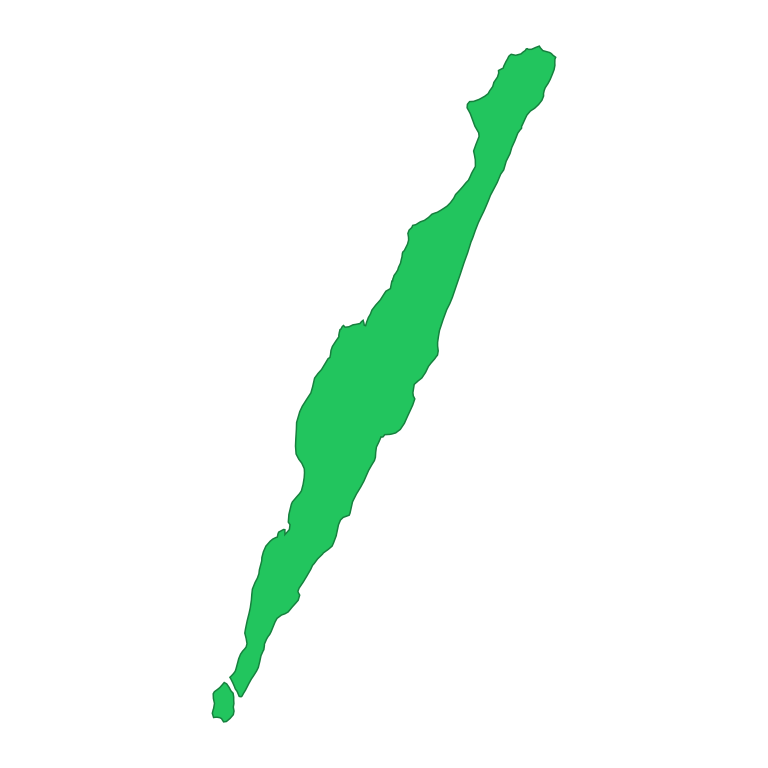 outline of Sainte Marie, Analanjirofo, Madagascar
{"feature_id": "10022922B25342620887316", "entity_name": "Sainte Marie", "entity_type": "district", "adm_level": 2, "iso_a3": "MDG", "parent_name": "Madagascar", "parent_adm1": "Analanjirofo", "projection": "orthographic", "projection_center": [49.903, -16.911], "detail": "fine", "context": "isolated", "style": "filled", "palette": "green", "viewbox_px": 768, "rotation_deg": 0, "n_neighbors": 0, "source": "geoboundaries", "source_scale": "gbopen_adm2", "svg_char_len": 4813}
<svg xmlns="http://www.w3.org/2000/svg" viewBox="0 0 768 768"><path d="M540.4,47.9L539.3,46.1L535.6,47.5L531.6,49.3L528.5,49.4L527.3,48.7L526.3,48.9L525.3,50.5L522.9,52.2L521.0,53.9L515.7,55.3L511.2,54.3L510.1,55.1L508.8,56.3L508.1,57.7L507.6,58.8L506.0,61.5L505.1,63.4L503.7,66.3L503.3,68.0L498.5,70.5L498.7,73.1L497.5,77.0L493.8,82.5L493.7,83.1L492.7,86.6L489.7,90.8L488.1,93.7L484.7,96.3L479.1,99.4L473.6,101.4L469.6,101.6L467.4,104.3L467.1,107.8L469.0,111.2L470.3,113.7L472.6,119.9L474.9,126.2L478.7,132.8L479.1,136.4L475.8,144.8L473.6,151.0L474.4,154.7L475.3,159.8L475.4,165.5L475.3,166.7L474.1,168.8L473.1,170.5L471.6,173.3L470.2,176.6L468.4,180.3L466.2,182.5L462.6,186.9L459.4,190.5L455.6,194.5L453.7,198.3L450.3,202.9L447.0,206.2L440.9,210.2L437.3,212.3L434.8,213.1L431.9,214.2L428.6,217.4L424.4,220.4L420.4,221.8L415.7,224.7L412.7,225.4L411.8,227.5L409.1,230.1L407.9,233.4L408.5,237.1L408.6,240.1L407.5,244.2L404.3,250.6L402.9,251.9L402.4,253.2L402.0,256.8L401.3,259.5L400.5,263.2L399.1,266.1L398.5,267.4L397.7,270.1L396.6,271.8L395.9,273.0L394.9,274.3L394.0,275.6L393.6,277.1L392.8,279.1L392.6,281.0L391.9,281.0L391.6,282.4L390.4,288.6L385.9,291.2L383.8,294.4L380.2,300.1L375.8,305.0L371.9,310.1L370.4,314.1L368.4,317.5L366.6,322.2L365.6,325.7L364.3,325.3L363.8,322.7L363.1,320.3L361.4,321.7L360.0,323.5L355.7,324.4L353.0,324.8L348.9,326.8L345.1,327.2L343.5,325.5L342.3,326.5L340.9,329.1L340.0,329.6L339.3,332.5L339.0,334.2L338.8,335.2L338.9,336.7L335.7,341.3L332.4,346.4L331.0,350.4L330.5,354.6L329.9,357.5L328.1,358.6L325.0,363.8L321.5,369.6L318.0,373.5L314.6,378.1L312.6,386.9L310.9,392.9L306.7,399.3L302.3,406.2L299.7,411.8L299.2,413.6L296.6,422.5L296.4,429.3L295.8,439.2L295.5,446.1L296.1,454.0L298.8,459.2L301.8,463.2L304.3,468.7L304.5,472.8L304.2,477.6L303.1,484.4L301.4,490.9L299.5,493.7L296.4,497.2L292.4,501.9L291.4,504.1L290.3,508.6L288.9,514.4L288.3,522.1L290.0,524.7L289.4,529.5L286.9,532.4L284.9,534.6L284.9,530.6L284.9,529.7L283.6,529.5L281.7,530.5L278.7,532.1L278.0,533.8L277.3,537.1L275.7,537.6L272.7,539.1L270.2,541.2L265.9,546.1L263.4,551.8L261.9,557.4L261.7,561.0L259.4,569.7L258.9,573.8L257.4,578.1L255.1,582.4L252.4,589.1L251.8,594.5L251.4,600.0L250.7,604.8L250.3,607.7L249.1,613.2L247.2,620.7L245.5,628.9L244.8,633.1L246.2,638.7L247.0,643.7L246.1,647.1L244.6,649.0L242.6,651.2L240.6,654.1L238.7,658.7L237.8,662.2L236.8,665.9L236.0,668.9L235.2,671.3L233.4,673.7L231.4,675.9L229.9,677.3L230.9,679.0L232.8,682.8L234.3,686.2L235.3,688.9L237.1,691.4L239.2,696.4L240.5,696.7L241.5,696.6L242.0,696.1L243.7,693.0L245.4,690.3L247.6,686.0L248.7,683.8L251.3,679.1L253.6,675.7L256.5,671.1L258.3,667.5L259.8,661.3L261.0,655.6L263.3,650.5L263.8,649.8L264.4,645.6L264.4,644.1L266.6,639.0L268.2,636.3L269.6,634.6L271.1,631.7L274.3,623.8L275.0,622.1L277.0,618.4L281.5,615.0L284.9,613.8L288.1,612.0L292.4,606.8L296.1,602.7L298.2,600.2L299.7,595.1L298.4,592.8L297.9,591.3L299.1,588.1L303.3,581.9L306.8,576.1L310.8,569.2L312.5,565.4L314.2,563.5L317.6,558.9L322.6,554.0L323.0,553.4L323.4,552.9L328.5,549.2L332.1,546.1L333.4,543.2L336.3,535.5L336.4,534.6L337.2,530.9L338.5,524.7L340.5,520.0L343.2,517.4L349.2,515.2L350.0,513.2L352.5,501.9L353.9,499.0L356.5,493.9L360.7,487.0L363.9,481.1L366.4,475.4L368.6,470.4L371.8,464.8L374.4,460.6L375.4,457.3L375.7,452.4L376.4,447.1L378.7,442.3L380.2,438.9L381.0,436.9L381.8,437.1L383.1,436.8L383.8,435.9L384.7,434.7L387.6,434.5L389.6,434.4L391.8,434.0L395.7,432.9L400.3,429.4L404.4,423.3L405.5,420.8L407.7,415.9L410.5,409.9L412.7,405.1L414.8,398.9L413.3,395.9L412.9,392.7L414.2,384.4L418.0,381.0L421.8,378.0L425.5,372.5L428.5,366.3L430.9,363.2L434.8,358.7L436.2,356.7L437.5,355.1L438.2,350.9L437.6,346.0L437.6,342.3L438.5,336.1L439.5,330.4L441.3,325.0L443.1,319.5L446.7,309.7L449.8,303.6L452.4,297.3L453.2,294.9L456.7,284.6L459.2,277.3L460.3,274.1L464.2,262.2L467.6,252.9L469.4,247.1L471.0,241.9L472.3,238.9L473.2,236.5L475.3,230.4L478.3,222.7L481.0,217.0L483.6,211.7L484.4,209.9L486.2,205.8L488.7,199.8L490.4,195.4L494.2,188.2L497.2,182.5L500.6,174.3L503.7,169.9L506.2,161.2L510.0,153.6L511.8,147.4L514.8,140.8L517.8,133.1L520.1,129.9L521.5,128.4L521.7,125.9L522.2,125.2L525.2,118.6L526.9,115.1L530.3,111.1L534.8,108.1L538.6,104.5L541.9,100.3L543.6,96.0L543.5,93.6L544.2,90.5L545.2,87.8L548.2,83.2L550.2,79.4L552.4,74.1L554.1,69.6L554.9,65.4L554.8,63.0L554.9,59.3L555.7,57.3L552.9,55.2L551.4,53.6L549.6,52.5L546.0,51.5L542.8,50.6L540.4,47.9ZM233.3,714.7L234.0,711.1L233.3,707.0L233.9,703.7L233.7,700.3L233.7,697.1L233.1,693.2L230.9,690.8L229.1,687.4L226.7,683.9L224.2,682.5L222.1,685.0L219.8,687.6L217.3,689.6L214.4,691.7L213.2,693.8L213.4,698.5L214.5,703.4L213.6,708.5L213.2,709.6L212.3,713.3L213.6,717.5L215.0,717.3L216.9,717.2L219.9,717.7L221.5,718.6L223.6,721.9L226.4,721.5L230.0,718.5L233.3,714.7Z" fill="#22c55e" stroke="#15803d" stroke-width="1.5"/></svg>